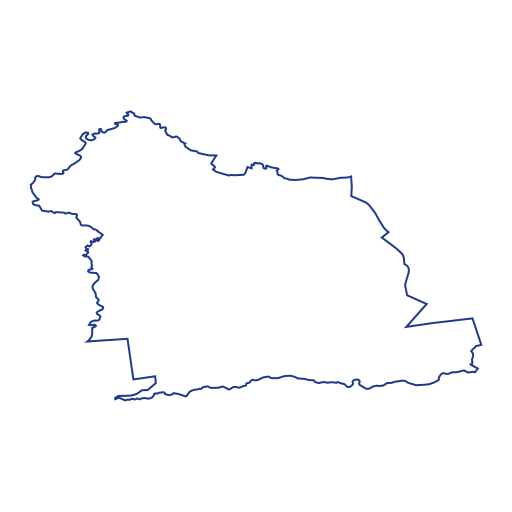 Jeru pag., Rujienas, Latvia (Equal Earth projection)
{"feature_id": "27541924B27109633258340", "entity_name": "Jeru pag.", "entity_type": "district", "adm_level": 2, "iso_a3": "LVA", "parent_name": "Latvia", "parent_adm1": "Rujienas", "projection": "equal_earth", "projection_center": [25.326, 57.845], "detail": "fine", "context": "isolated", "style": "outline", "palette": "blue", "viewbox_px": 512, "rotation_deg": 0, "n_neighbors": 0, "source": "geoboundaries", "source_scale": "gbopen_adm2", "svg_char_len": 5938}
<svg xmlns="http://www.w3.org/2000/svg" viewBox="0 0 512 512"><path d="M115.3,399.1L118.9,397.7L125.3,400.4L127.6,399.6L129.8,399.8L131.5,398.9L132.4,398.8L134.9,399.5L137.2,398.5L139.6,399.3L141.7,398.4L144.4,398.0L147.5,398.6L149.8,398.4L152.1,397.5L154.4,394.5L154.1,394.0L154.5,393.7L156.5,393.3L157.5,393.6L159.0,392.8L163.5,392.2L164.5,392.7L165.1,394.1L168.6,395.1L169.7,395.1L172.6,394.2L173.0,393.5L173.4,393.2L174.6,393.3L178.4,394.0L185.6,396.4L186.4,396.1L189.7,391.7L193.5,389.9L197.5,389.4L199.5,388.8L201.0,388.9L203.3,387.0L207.8,386.4L210.6,387.9L218.2,387.8L222.8,386.5L226.4,388.1L227.6,389.1L229.4,389.4L233.3,387.0L234.9,386.9L239.5,387.7L243.2,386.1L244.9,385.9L246.0,385.2L246.4,383.6L247.0,383.1L249.1,382.8L250.1,382.0L251.0,380.6L252.5,379.7L255.1,380.4L257.6,380.1L263.1,377.4L268.0,376.6L269.3,376.9L270.8,377.9L271.9,378.2L278.0,378.1L284.4,376.1L290.0,375.7L294.5,376.7L297.6,378.4L304.5,378.9L309.2,380.1L313.3,380.2L314.5,381.1L315.1,382.0L318.0,382.9L319.7,383.0L321.2,382.4L324.4,382.1L327.3,382.7L332.3,382.2L336.3,382.8L337.3,382.1L338.4,382.3L340.6,383.2L344.6,384.2L347.1,386.7L348.3,387.2L350.2,386.7L352.3,385.1L353.0,383.7L352.6,381.5L353.2,380.7L354.9,379.7L357.8,379.6L358.9,380.1L359.7,381.3L359.1,383.9L359.8,385.0L365.8,388.6L367.2,388.9L369.6,388.5L372.6,386.6L376.7,385.7L379.5,386.0L383.4,385.5L386.9,383.1L392.0,382.8L394.2,381.9L402.5,380.6L405.1,381.0L408.2,382.8L416.0,385.2L424.0,384.8L429.1,384.2L434.8,382.2L438.4,380.1L438.9,379.3L438.8,378.1L439.1,377.2L440.2,375.4L441.2,374.2L442.9,373.1L446.4,373.9L448.2,373.9L451.7,372.4L457.3,372.1L464.0,370.4L468.0,372.5L472.9,371.8L474.9,372.3L477.8,368.5L470.9,364.8L470.6,364.3L472.1,363.9L472.3,362.6L472.0,359.2L472.6,358.1L473.2,354.3L472.4,352.5L471.2,351.2L472.6,349.3L474.8,347.6L475.7,346.2L481.3,344.8L472.5,318.4L432.3,323.1L406.3,326.9L426.7,304.0L407.1,295.3L405.1,285.1L405.7,282.3L408.6,272.9L408.9,269.3L408.1,267.1L406.9,265.6L404.4,264.0L403.9,258.2L402.6,254.4L396.6,248.7L381.8,237.5L388.5,232.1L385.6,229.7L383.8,227.6L379.2,220.3L375.1,212.9L369.3,205.3L366.0,202.5L351.3,196.1L351.8,186.7L351.1,176.5L347.7,177.5L340.3,177.8L332.3,179.4L326.4,178.8L323.2,178.0L310.0,177.5L303.2,179.3L295.2,180.0L289.4,179.7L286.7,178.6L284.8,178.4L281.5,175.8L278.2,174.9L277.5,174.1L277.6,172.7L276.7,170.7L278.4,169.3L278.4,168.9L277.6,168.4L271.8,167.5L266.6,165.6L266.0,166.2L266.5,167.7L266.4,168.2L265.3,168.8L263.5,167.9L263.0,165.2L262.3,164.1L259.6,163.2L258.1,163.6L255.4,162.7L254.0,163.3L254.2,164.6L253.8,165.1L251.7,164.6L251.5,165.3L251.6,168.3L247.5,167.1L245.4,173.0L243.6,174.8L234.7,175.2L230.1,175.0L228.8,175.5L217.8,172.3L216.0,171.6L213.0,169.5L215.0,167.4L214.1,165.8L211.9,164.3L211.3,163.3L216.3,155.5L208.4,155.3L198.2,153.0L197.1,151.5L190.8,150.3L185.4,146.7L184.1,143.2L184.5,143.1L181.2,141.6L180.0,139.9L179.7,138.7L177.3,136.9L176.2,136.5L173.6,137.2L171.8,137.3L169.6,135.6L167.4,134.9L165.1,130.7L166.1,128.8L166.1,128.1L165.7,127.6L164.5,127.2L160.8,128.0L160.3,127.6L160.0,124.7L159.7,124.0L158.6,123.8L156.1,124.3L154.7,123.9L151.6,120.7L150.8,119.1L150.1,118.3L144.2,117.1L139.8,117.5L138.2,117.1L136.7,116.3L134.8,115.8L134.3,115.1L134.4,113.9L134.1,113.4L131.8,112.5L131.3,111.6L129.7,111.6L126.6,112.7L126.9,113.3L128.4,114.6L127.9,115.7L124.9,116.0L124.4,116.2L123.4,117.5L124.1,119.0L126.7,120.8L126.5,121.4L124.9,122.0L122.8,121.8L120.0,122.5L115.4,122.9L115.0,123.4L115.2,123.9L117.7,124.5L118.0,125.1L117.6,126.0L114.8,128.0L107.4,130.1L106.7,130.6L106.0,131.8L104.4,132.7L103.2,132.5L101.9,131.5L101.3,130.4L101.2,129.3L100.4,128.9L99.5,129.0L99.0,130.8L99.7,132.2L99.3,132.9L97.4,133.6L94.2,133.6L92.5,134.5L92.9,135.5L95.4,137.7L94.8,138.8L93.5,139.6L91.5,140.3L90.2,140.2L87.7,139.5L86.2,138.5L85.9,137.5L86.1,135.9L88.0,134.1L88.2,133.5L87.9,132.7L85.5,132.5L82.9,134.1L80.4,137.8L80.3,138.6L81.8,140.2L85.2,142.1L85.7,143.0L85.6,143.8L83.1,147.7L81.8,149.2L79.6,150.8L75.8,152.3L75.2,152.9L75.8,153.6L80.4,155.9L81.0,156.7L81.0,157.9L79.6,159.8L78.4,160.8L74.6,163.4L70.6,165.6L67.5,169.6L63.7,170.3L63.0,170.8L62.8,171.4L63.5,172.9L63.1,173.6L61.0,174.0L55.0,173.5L54.2,173.9L51.8,176.4L49.1,177.3L41.7,177.2L38.4,176.0L36.5,176.2L35.4,177.1L35.0,180.1L33.1,182.8L30.7,184.9L31.2,186.3L30.8,187.8L31.6,189.1L32.5,192.3L36.5,197.8L38.4,198.9L38.7,199.5L37.7,200.3L33.3,201.3L32.6,201.9L33.0,203.7L34.0,204.6L35.2,205.1L39.2,205.7L42.0,210.5L48.4,211.7L51.0,211.0L54.5,213.1L55.2,212.9L55.9,212.1L64.6,212.7L65.1,213.4L65.8,213.6L68.8,212.6L72.0,213.9L76.2,214.1L76.9,214.7L77.0,215.4L76.3,217.6L80.0,221.8L80.7,224.3L81.3,225.2L82.8,225.5L85.9,225.4L89.1,225.9L91.7,227.5L93.6,229.3L95.3,229.4L97.5,230.7L97.4,231.0L102.7,234.8L99.8,238.7L98.2,238.1L97.4,238.3L99.0,239.9L99.0,240.4L98.5,240.8L97.8,240.9L96.4,239.8L94.1,239.2L93.9,239.5L94.3,240.1L95.3,240.5L95.5,241.0L95.3,241.4L93.8,241.9L90.9,241.2L90.6,241.6L90.6,241.9L91.7,242.8L91.3,244.8L89.6,246.4L87.5,245.5L85.6,247.1L86.7,249.1L88.1,249.1L88.2,249.3L87.6,249.8L85.9,249.9L85.6,250.4L88.0,251.6L88.1,252.7L87.3,253.1L86.2,254.8L85.7,255.1L83.7,254.8L83.1,255.3L85.2,256.6L86.9,256.4L88.5,256.9L91.5,260.8L91.7,261.8L91.4,263.0L92.0,265.6L91.3,267.4L92.5,268.7L91.7,269.4L89.3,269.6L88.5,270.1L88.1,271.0L88.4,271.7L90.5,272.7L96.3,273.0L97.6,274.5L98.9,276.7L98.7,278.5L98.1,280.0L94.9,282.7L92.9,285.1L92.5,287.7L93.3,289.6L95.5,293.0L96.1,297.2L98.6,299.7L98.4,301.1L97.1,302.5L97.2,303.3L99.1,305.0L102.8,306.7L103.2,307.8L103.0,308.6L101.9,309.6L98.1,311.3L97.1,312.1L96.7,312.8L97.2,314.0L99.2,315.2L100.4,316.4L99.6,319.0L98.8,320.1L96.9,320.7L94.5,320.5L91.2,321.7L90.6,322.2L89.0,324.9L93.0,325.3L93.7,324.7L94.6,324.8L95.6,325.2L95.9,325.9L94.6,327.0L92.2,328.1L92.2,333.5L91.7,336.6L88.5,340.7L87.4,341.5L127.5,338.8L133.4,379.4L155.2,376.3L155.8,383.1L147.5,390.2L147.0,390.0L141.8,390.3L136.8,393.9L131.0,395.6L118.2,396.0L115.2,397.9L115.3,399.1Z" fill="none" stroke="#1e3a8a" stroke-width="2"/></svg>